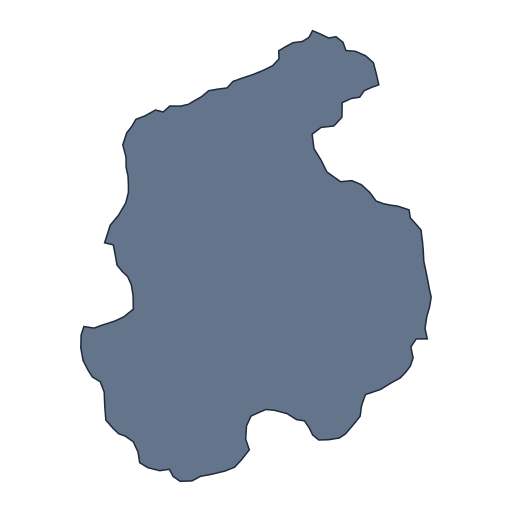 Senador Firmino, Minas Gerais, Brazil (orthographic projection)
{"feature_id": "56859067B42081947942118", "entity_name": "Senador Firmino", "entity_type": "district", "adm_level": 2, "iso_a3": "BRA", "parent_name": "Brazil", "parent_adm1": "Minas Gerais", "projection": "orthographic", "projection_center": [-43.103, -20.899], "detail": "fine", "context": "isolated", "style": "filled", "palette": "slate", "viewbox_px": 512, "rotation_deg": 0, "n_neighbors": 0, "source": "geoboundaries", "source_scale": "gbopen_adm2", "svg_char_len": 1894}
<svg xmlns="http://www.w3.org/2000/svg" viewBox="0 0 512 512"><path d="M83.9,326.5L81.1,335.1L80.8,347.9L83.1,360.6L87.9,369.9L92.4,377.0L100.2,381.7L104.2,392.0L104.7,405.5L105.8,420.0L113.0,428.3L118.6,433.7L125.4,436.2L133.2,441.7L138.0,451.9L139.7,462.7L147.9,467.7L159.8,470.7L169.4,469.3L173.0,476.3L180.1,481.3L192.0,480.9L200.5,476.3L210.7,474.5L225.1,471.0L234.6,467.2L241.2,460.1L249.3,449.8L245.7,439.2L246.5,425.9L251.0,416.1L259.2,412.3L266.0,409.5L274.6,410.3L287.0,413.6L296.5,419.6L304.5,420.9L309.3,428.1L312.7,435.0L318.8,440.0L328.8,439.7L339.3,438.0L345.4,434.0L353.0,425.1L360.1,416.3L361.6,405.5L365.4,394.6L380.4,389.5L391.5,382.7L400.2,378.0L405.8,372.1L410.3,366.1L413.1,358.0L410.9,346.9L416.2,338.9L427.3,338.9L425.0,328.3L426.9,316.2L429.6,306.9L431.2,297.1L429.2,288.2L427.8,280.6L426.1,272.1L423.8,261.3L423.3,250.7L422.5,241.8L421.0,230.0L415.4,223.5L410.3,217.9L409.1,209.9L397.6,206.1L390.3,205.1L383.2,203.6L376.1,201.0L369.8,192.5L361.4,184.7L351.8,180.6L340.6,181.7L326.9,172.0L321.1,160.2L314.0,148.7L312.1,134.2L321.1,127.4L333.8,126.0L341.9,117.3L342.2,102.7L351.3,98.5L359.7,97.2L364.2,90.7L371.6,87.4L378.8,84.8L376.4,74.2L373.4,62.7L365.8,55.9L355.4,51.3L345.9,50.5L343.0,42.3L336.0,36.7L328.7,38.0L320.1,33.9L312.5,30.7L308.9,37.5L302.2,41.5L292.9,42.7L285.0,47.0L278.7,50.8L279.0,58.9L272.6,65.7L262.4,70.7L251.7,75.0L242.4,78.0L233.0,81.4L227.1,87.9L217.8,89.1L208.7,90.7L201.5,96.7L194.7,100.5L188.4,104.3L180.5,106.1L169.8,106.0L163.3,112.0L155.5,110.0L145.1,115.8L135.9,119.3L132.0,126.1L126.7,132.9L122.8,144.8L126.0,157.2L126.1,167.3L128.0,175.9L128.4,184.4L128.4,192.5L125.7,203.1L118.4,215.4L110.2,225.2L107.4,234.1L104.6,242.8L113.3,244.9L115.3,255.4L117.0,265.1L122.4,271.6L127.7,276.7L131.3,284.7L133.1,295.8L133.3,309.1L124.0,316.7L114.9,321.0L102.2,325.1L94.0,328.1L83.9,326.5Z" fill="#64748b" stroke="#1e293b" stroke-width="1.5"/></svg>